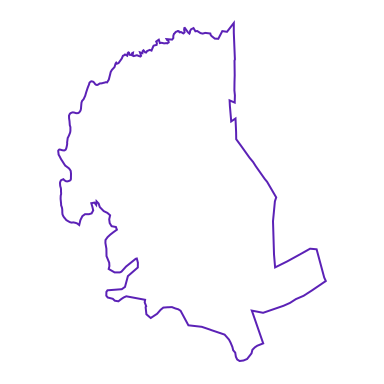 the district of Fresnillo de Trujano, Oaxaca, Mexico
{"feature_id": "50627088B98936823972638", "entity_name": "Fresnillo de Trujano", "entity_type": "district", "adm_level": 2, "iso_a3": "MEX", "parent_name": "Mexico", "parent_adm1": "Oaxaca", "projection": "natural_earth1", "projection_center": [-98.145, 17.929], "detail": "fine", "context": "isolated", "style": "outline", "palette": "violet", "viewbox_px": 384, "rotation_deg": 0, "n_neighbors": 0, "source": "geoboundaries", "source_scale": "gbopen_adm2", "svg_char_len": 4187}
<svg xmlns="http://www.w3.org/2000/svg" viewBox="0 0 384 384"><path d="M179.8,32.4L179.3,32.1L178.7,31.1L177.8,31.0L177.0,31.5L176.0,31.8L175.5,32.2L175.3,32.5L174.8,33.1L174.4,33.6L174.0,33.8L173.6,35.0L173.4,35.5L173.3,36.5L173.3,38.1L172.6,39.0L172.1,39.6L166.6,39.1L167.1,40.0L168.3,40.5L168.7,42.4L167.2,43.4L166.2,43.1L165.0,43.3L163.8,43.3L161.7,42.8L159.9,43.1L158.8,39.7L156.2,41.5L156.9,43.2L156.6,44.9L154.0,45.5L153.4,46.0L151.5,50.6L149.8,49.9L147.0,51.1L146.2,52.5L145.2,52.4L143.5,50.3L142.8,50.9L142.4,53.2L140.0,52.4L141.1,55.8L140.4,56.5L139.0,56.1L136.9,55.2L133.7,56.1L132.6,55.6L133.0,52.7L132.3,53.0L131.3,55.0L129.6,54.8L129.0,52.7L128.4,52.4L127.7,53.2L127.2,55.7L125.0,54.5L123.9,55.4L122.9,55.8L121.8,58.5L118.5,63.1L116.9,63.7L116.2,62.7L115.6,63.5L115.0,65.5L114.5,67.1L111.9,69.9L110.7,72.0L110.1,74.5L108.8,79.6L107.1,82.4L105.8,82.2L104.6,82.6L103.6,82.8L102.6,83.1L101.3,83.4L100.6,83.4L99.7,83.5L98.1,84.6L97.0,85.0L95.9,84.7L94.9,83.8L94.2,82.7L93.3,81.8L92.4,81.5L91.3,81.3L90.9,81.5L90.2,82.0L89.5,82.8L89.3,83.1L89.1,84.3L88.3,86.2L87.6,88.0L86.1,92.6L85.2,95.8L83.6,99.2L82.1,100.9L81.5,102.6L81.3,104.6L81.2,105.7L81.1,106.9L81.0,108.5L80.7,110.0L80.2,111.1L79.6,111.9L79.1,112.5L78.1,113.1L76.6,113.2L75.5,113.0L74.4,112.6L73.2,112.4L72.4,112.4L71.4,112.8L70.5,113.2L69.8,113.9L69.3,115.0L69.0,115.7L69.1,118.5L69.5,121.1L69.8,125.2L70.4,127.1L70.4,130.9L70.1,132.6L69.6,133.9L69.0,135.4L68.4,136.7L67.7,138.0L67.1,142.6L67.2,143.8L66.9,145.6L66.6,147.0L66.2,148.5L65.6,149.7L64.5,150.4L63.2,150.4L61.8,150.1L60.5,149.7L59.5,149.5L59.0,149.7L58.5,150.3L58.2,150.8L58.4,152.7L58.5,153.4L58.6,154.6L59.3,155.8L60.0,157.1L60.7,158.5L61.5,159.9L62.2,160.9L63.0,162.2L64.4,164.4L65.4,165.8L66.1,166.2L67.4,167.2L68.9,168.3L69.9,169.6L70.7,170.9L71.0,173.7L70.9,179.1L70.6,179.9L69.8,180.6L68.5,181.1L67.2,181.4L65.9,181.2L65.1,180.7L64.3,180.2L63.4,179.2L62.2,179.7L61.1,180.2L60.5,181.2L60.1,182.3L60.0,183.3L60.1,184.3L60.1,184.5L60.1,184.9L60.2,185.7L60.4,186.7L60.8,187.9L61.0,189.3L61.0,190.5L61.0,191.7L61.1,192.9L61.1,194.1L60.7,195.8L60.6,198.8L61.1,203.9L61.1,205.2L61.9,207.5L62.2,209.1L62.3,210.9L62.3,212.4L62.5,214.4L63.3,216.2L64.3,217.7L65.0,218.4L66.1,219.9L67.3,220.7L68.7,221.5L70.0,222.2L71.5,222.6L73.4,222.4L75.3,222.8L76.9,223.3L79.2,225.0L80.4,220.1L82.4,216.1L85.0,214.2L89.0,214.2L91.6,213.4L93.2,210.4L92.4,206.9L91.3,203.2L94.4,202.6L96.2,204.9L96.5,201.3L98.6,203.5L99.8,207.1L103.7,211.1L107.4,212.9L110.1,215.3L109.2,219.3L109.7,223.1L111.6,226.2L115.9,227.0L116.9,229.7L113.4,232.2L110.3,234.6L107.6,237.1L105.5,240.0L105.4,242.9L106.4,248.8L106.5,256.1L109.2,262.7L109.4,266.1L108.7,269.0L114.6,272.4L119.8,272.4L121.4,271.7L126.1,266.5L135.7,258.8L136.8,258.5L137.9,262.7L137.8,267.5L127.9,276.1L125.0,286.9L121.8,289.2L107.5,290.3L106.4,291.9L106.3,295.7L107.7,297.5L112.8,298.8L114.8,300.7L118.4,301.3L121.5,298.9L123.8,297.4L126.3,296.3L145.1,299.8L144.7,302.4L146.2,306.3L145.6,307.1L146.4,314.3L150.7,318.0L157.1,313.8L160.6,309.8L163.3,307.6L167.0,307.3L171.9,307.1L175.5,308.5L178.3,309.3L180.6,310.8L188.4,325.3L201.7,326.8L205.3,328.0L210.0,329.6L211.3,330.1L224.6,334.6L229.0,339.6L230.6,342.7L232.4,347.0L233.2,350.3L235.2,352.6L235.9,356.8L237.2,359.5L239.6,361.0L243.5,360.5L247.1,359.0L251.5,353.4L252.4,349.8L254.9,347.3L257.3,345.7L263.2,343.4L252.4,312.2L251.8,310.6L263.1,312.8L283.5,305.8L290.0,302.9L295.9,299.1L303.6,295.8L312.0,290.4L325.8,281.0L324.2,277.5L316.6,249.3L310.1,248.7L298.3,255.3L287.2,261.4L275.1,267.4L274.0,254.3L274.0,254.1L273.0,221.2L274.9,201.3L276.2,197.4L267.1,181.8L264.7,178.9L255.7,166.1L253.1,162.0L249.6,157.8L241.4,146.3L236.2,139.2L236.1,132.1L235.5,118.5L231.2,121.4L231.1,120.1L229.9,106.1L229.6,100.4L234.7,102.6L234.9,95.4L234.4,90.4L234.5,81.9L234.7,75.4L234.5,60.6L234.9,59.5L233.8,32.6L233.8,23.0L227.0,31.8L222.3,31.1L218.3,38.8L214.8,38.6L211.5,36.0L210.6,34.8L210.3,33.5L205.2,32.9L202.7,33.6L200.5,33.1L197.2,31.0L195.4,31.3L193.5,28.1L191.1,29.3L190.1,30.9L189.8,32.8L189.4,33.6L188.1,32.5L185.1,28.3L184.8,27.9L184.4,28.0L184.1,29.5L184.6,32.2L183.5,33.4L182.7,33.1L181.6,32.3L180.8,32.0L179.8,32.4Z" fill="none" stroke="#5b21b6" stroke-width="2"/></svg>